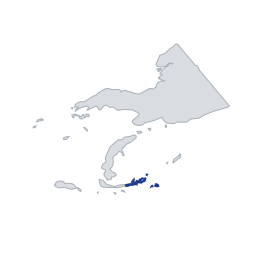 Kavieng District, New Ireland, Papua New Guinea (highlighted), rotated 140°
{"feature_id": "67681753B13414924819531", "entity_name": "Kavieng District", "entity_type": "district", "adm_level": 2, "iso_a3": "PNG", "parent_name": "Papua New Guinea", "parent_adm1": "New Ireland", "projection": "mercator", "projection_center": [150.489, -2.205], "detail": "fine", "context": "in_parent", "style": "filled", "palette": "blue", "viewbox_px": 256, "rotation_deg": 140, "n_neighbors": 0, "source": "geoboundaries", "source_scale": "gbopen_adm2", "svg_char_len": 7975}
<svg xmlns="http://www.w3.org/2000/svg" viewBox="0 0 256 256"><g transform="rotate(140 128 128)"><path d="M36.2,160.6L36.2,133.0L34.8,131.0L36.2,126.1L36.2,79.8L38.8,80.0L51.5,85.7L60.0,88.6L67.5,90.0L74.4,94.6L79.4,94.8L87.0,101.3L90.0,101.8L95.4,107.2L95.7,111.6L95.1,114.4L103.2,117.0L111.0,120.8L115.2,121.2L117.6,122.5L120.5,125.7L121.0,130.0L119.4,130.8L112.1,130.8L110.0,132.2L112.9,138.9L119.5,145.1L124.5,148.0L126.0,153.6L128.5,155.3L130.1,159.8L132.7,160.3L137.7,159.6L138.5,161.4L137.8,164.3L138.5,165.4L147.8,167.8L144.7,169.2L146.1,171.8L152.1,174.1L155.9,174.9L158.1,174.6L155.5,175.9L153.1,175.5L152.7,175.9L153.7,177.0L155.6,178.2L153.6,179.7L151.6,179.9L147.8,178.9L144.6,176.1L134.5,174.9L131.0,173.7L128.3,174.1L120.1,172.6L117.4,170.6L115.6,167.6L110.8,164.0L109.7,162.3L110.1,159.9L108.8,160.3L106.0,158.6L98.7,147.6L94.9,146.1L85.6,144.2L84.2,142.1L79.8,141.3L78.9,142.7L75.3,143.7L72.3,142.6L69.3,140.0L72.8,146.0L71.6,146.0L72.2,146.9L71.5,147.0L67.6,146.7L68.8,149.2L62.4,150.6L57.6,150.1L55.3,150.7L54.4,150.6L53.1,148.8L51.4,149.1L52.9,149.2L54.7,151.3L58.7,151.0L62.6,152.6L65.9,156.2L65.7,158.7L56.8,163.3L51.7,161.3L44.2,161.8L41.5,161.0L38.2,161.9L36.2,160.6ZM170.1,99.7L171.9,100.9L173.8,99.6L177.3,101.2L176.7,107.2L175.5,108.8L172.5,109.4L172.1,110.3L174.1,113.8L173.3,115.1L170.7,116.4L166.3,116.2L165.2,118.7L162.8,120.8L153.5,125.1L143.3,125.4L140.0,122.8L136.5,123.2L131.8,120.2L127.9,118.9L127.1,117.7L127.2,116.1L128.3,115.2L135.3,115.4L139.7,116.6L145.6,115.9L147.2,114.9L147.8,111.1L148.7,109.5L149.7,110.3L148.5,113.2L149.9,115.9L154.0,115.1L156.7,115.7L158.7,114.9L161.7,110.8L164.0,108.9L168.3,107.9L168.2,104.9L166.7,100.7L167.3,99.5L170.1,99.7ZM221.2,130.3L220.7,131.7L220.4,131.3L218.2,132.5L215.8,132.1L213.6,130.8L211.9,128.3L211.9,125.6L209.5,124.4L206.4,120.9L205.8,118.7L206.0,114.9L210.5,117.1L215.1,123.6L219.5,126.5L221.2,130.3ZM186.3,101.4L183.3,107.3L181.5,104.9L180.7,103.2L180.6,98.6L175.8,91.8L170.8,89.6L160.8,82.5L156.8,81.4L157.8,81.1L157.8,79.4L162.8,83.0L165.8,83.9L169.9,86.8L172.7,87.7L184.9,98.3L186.3,101.4ZM106.3,72.0L115.8,72.2L116.0,73.0L114.7,73.1L113.1,74.5L107.5,74.1L105.0,74.9L104.8,73.8L105.7,73.5L105.6,72.5L106.3,72.0ZM154.2,163.5L155.9,164.5L157.4,164.4L158.5,165.6L158.7,167.5L158.1,168.0L157.6,167.4L153.0,167.0L153.9,165.9L153.0,163.7L154.2,163.5ZM153.0,80.5L149.7,80.4L147.2,78.1L150.4,77.0L152.9,78.1L153.0,80.5ZM161.0,171.9L163.1,170.7L163.6,171.1L162.8,174.1L159.5,172.8L157.2,168.0L161.0,171.9ZM178.7,159.3L182.3,158.8L184.1,160.0L184.6,160.5L184.3,161.8L181.2,161.2L178.7,159.3ZM187.2,188.3L194.1,191.6L191.5,192.2L189.4,191.3L189.1,190.5L188.2,190.7L188.7,190.2L187.2,188.3ZM123.3,119.6L120.2,117.2L120.4,115.5L123.6,117.0L123.3,119.6ZM151.9,165.3L151.0,165.4L149.0,163.7L150.2,161.7L151.6,162.5L151.9,165.3ZM205.0,114.8L203.7,110.8L204.8,109.6L206.0,112.1L205.0,114.8ZM112.8,114.7L110.7,113.2L112.2,111.8L113.1,112.5L112.8,114.7ZM144.7,66.8L143.6,67.0L142.0,65.8L142.5,64.3L144.2,65.2L144.7,66.8ZM98.9,104.9L97.7,106.4L96.8,105.3L98.2,103.7L98.9,104.9ZM161.4,151.9L161.5,156.7L160.5,155.8L161.0,153.8L160.0,153.2L161.4,151.9ZM66.7,153.2L68.7,155.1L63.8,152.0L66.7,153.2ZM68.4,152.7L65.7,151.9L65.2,151.3L68.4,151.6L68.4,152.7ZM200.5,188.8L200.3,189.5L198.5,189.6L197.3,188.6L198.5,188.8L198.3,188.2L200.5,188.8ZM180.2,85.2L180.3,87.4L179.0,85.8L180.2,85.2ZM173.6,84.0L173.0,84.6L171.8,83.0L172.0,82.7L173.6,84.0ZM158.7,178.8L158.6,179.8L157.3,179.3L157.5,178.6L158.7,178.8ZM172.5,82.3L171.5,82.5L171.7,81.0L172.5,82.3ZM120.9,75.3L121.0,76.4L119.7,76.2L120.9,75.3ZM192.9,97.5L192.7,98.5L192.0,98.2L192.9,97.5Z" fill="#d9dde1" stroke="#a8b0b8" stroke-width="1"/><path d="M150.3,77.0L150.0,76.7L149.7,76.8L149.7,77.1L149.4,77.0L149.4,77.3L148.9,77.2L148.9,77.3L148.7,77.5L148.7,77.3L148.2,77.4L148.3,77.6L147.6,77.9L147.3,78.3L147.2,78.3L147.3,78.1L147.2,78.0L147.2,77.9L146.9,78.0L147.0,78.2L147.1,78.5L147.8,78.6L148.1,78.7L148.4,78.9L148.4,79.1L148.7,79.4L148.7,79.6L148.8,79.9L149.2,80.3L149.6,80.5L149.8,80.7L150.1,80.6L150.4,80.6L150.6,80.4L150.8,80.5L151.0,80.4L151.5,80.6L151.7,80.3L151.8,80.5L151.9,80.4L151.9,80.5L152.1,80.4L151.8,80.6L152.4,80.4L153.1,80.3L153.2,80.1L153.0,79.9L153.1,79.6L153.3,79.0L153.2,78.8L153.0,79.2L153.1,78.2L152.8,78.2L152.7,78.0L152.2,77.9L151.7,77.6L150.9,77.4L150.8,77.1L150.3,77.0ZM166.8,84.6L166.6,84.6L166.3,84.3L165.9,84.3L165.6,84.0L165.6,83.8L165.1,83.4L164.2,83.5L164.1,83.1L163.7,83.0L163.2,83.1L162.6,83.1L162.2,82.8L162.3,82.2L162.0,82.1L161.9,81.9L161.5,81.9L161.4,81.7L161.1,81.7L161.0,81.4L160.6,81.5L160.4,81.0L160.2,80.8L159.4,80.7L159.1,80.3L158.7,80.2L158.4,79.8L158.1,79.8L157.5,79.1L157.4,79.3L157.4,79.5L157.2,79.9L157.4,79.9L157.8,80.3L158.0,80.3L158.0,80.1L158.2,80.3L158.3,80.1L158.4,80.3L158.1,80.4L158.0,80.6L158.6,80.7L158.2,80.8L158.4,80.9L158.1,81.0L158.0,80.9L157.9,81.0L157.7,80.8L157.6,81.0L157.4,81.1L157.4,81.4L156.7,81.0L156.3,81.3L156.6,81.6L157.6,82.0L158.8,81.8L158.8,81.6L159.0,81.9L159.6,82.0L159.7,81.9L160.3,82.5L160.5,82.5L161.3,82.7L161.3,83.0L161.8,83.5L162.1,83.4L162.5,83.8L162.9,84.1L163.1,84.1L163.6,84.5L164.2,84.7L165.1,85.3L165.3,85.3L165.3,85.2L166.2,85.8L166.6,85.8L166.8,84.6ZM142.9,64.3L142.4,63.9L142.0,63.8L142.0,64.3L141.8,64.5L141.7,64.8L141.5,65.1L141.6,65.4L142.1,65.5L142.4,65.9L143.0,66.4L143.3,66.3L143.4,66.0L143.8,66.6L144.0,66.4L144.1,66.5L144.5,66.4L144.1,66.0L144.2,65.8L143.7,64.7L143.1,64.3L142.9,64.3ZM158.5,83.4L158.5,83.6L158.2,83.5L157.9,83.8L157.7,83.8L157.5,84.1L157.2,84.0L156.8,84.5L157.3,84.3L157.5,84.4L157.8,84.3L157.7,84.2L157.8,84.1L158.0,84.1L158.1,84.3L158.2,84.2L158.4,84.3L158.6,84.3L158.6,84.2L158.4,84.2L158.7,84.2L158.8,84.4L159.1,84.4L159.5,84.2L159.6,84.4L159.9,84.4L160.0,84.2L159.9,84.1L159.5,84.1L159.4,83.9L159.2,83.7L158.8,83.6L158.5,83.4ZM147.4,68.1L147.3,67.8L147.1,67.6L147.0,68.1L146.5,67.9L146.5,68.0L146.5,68.3L146.8,68.4L146.9,68.2L147.7,68.4L148.0,68.2L147.6,68.2L147.4,68.1ZM154.6,80.6L154.2,80.5L154.5,80.8L154.9,81.3L154.9,81.1L155.1,80.7L154.8,80.7L154.6,80.6ZM155.5,81.0L155.4,81.2L155.7,81.4L155.9,81.4L156.1,81.6L156.5,81.5L156.0,81.1L155.5,81.0ZM156.7,80.9L156.5,80.6L156.1,80.8L156.2,81.3L156.7,80.9ZM155.2,80.4L155.0,79.8L154.7,80.0L155.0,80.2L155.1,80.4L155.2,80.4ZM154.1,78.7L153.9,78.2L153.7,78.1L153.9,78.7L154.0,78.8L154.1,78.7ZM154.2,79.3L154.3,79.2L154.1,78.8L154.0,79.0L154.2,79.3ZM143.1,66.8L142.8,66.8L142.7,66.8L142.9,66.8L143.2,67.1L143.4,67.3L143.1,66.8ZM154.4,79.8L154.4,79.6L154.1,79.8L154.4,79.8ZM153.5,77.9L153.0,77.5L153.5,78.1L153.5,77.9ZM142.7,67.0L142.3,66.9L142.5,67.2L142.7,67.0ZM155.5,80.3L155.4,80.3L155.4,80.6L155.6,80.4L155.5,80.3ZM153.3,80.5L153.2,80.4L153.1,80.6L153.3,80.5ZM153.8,80.5L153.7,80.2L153.6,80.4L153.8,80.5ZM153.6,80.5L153.3,80.5L153.6,80.6L153.6,80.5ZM154.9,79.8L154.9,79.7L154.6,79.9L154.6,80.1L154.9,79.8ZM153.7,79.3L153.6,79.6L153.7,79.4L153.7,79.3ZM144.1,79.9L144.0,79.7L143.8,80.0L144.1,79.9ZM156.6,84.7L156.7,84.4L156.5,84.6L156.6,84.7ZM156.0,80.5L156.1,80.4L156.0,80.5ZM151.5,76.7L151.4,76.5L151.5,76.7ZM154.2,80.1L154.3,80.0L154.2,79.9L154.2,80.0L154.2,80.1ZM156.7,80.7L156.8,80.7L156.6,80.6L156.7,80.7ZM158.1,80.6L158.3,80.6L158.2,80.6L158.1,80.6ZM155.4,80.2L155.5,80.0L155.5,79.9L155.4,80.1L155.4,80.2ZM156.6,80.4L156.6,80.2L156.5,80.3L156.6,80.4ZM143.2,66.7L143.4,66.5L143.2,66.7ZM155.5,80.6L155.4,80.7L155.5,80.7L155.5,80.6ZM154.4,80.1L154.6,80.1L154.4,80.1ZM152.9,77.5L152.9,77.4L152.7,77.4L152.8,77.5L152.9,77.5ZM142.7,66.2L142.8,66.3L142.7,66.2ZM154.7,80.4L154.8,80.3L154.7,80.3L154.7,80.4ZM157.3,79.5L157.3,79.3L157.2,79.4L157.3,79.5ZM153.3,79.7L153.2,79.7L153.3,79.7ZM148.9,77.0L148.8,76.9L148.8,77.0L148.9,77.0ZM155.2,80.6L155.3,80.6L155.2,80.6L155.2,80.6ZM157.9,84.3L158.0,84.2L157.9,84.2L157.9,84.3ZM143.5,80.1L143.4,80.1L143.5,80.2L143.5,80.1ZM156.5,80.3L156.5,80.2L156.4,80.2L156.5,80.3ZM158.1,80.4L158.3,80.4L158.1,80.4ZM146.4,68.3L146.5,68.3L146.4,68.2L146.4,68.3ZM158.2,84.3L158.3,84.3L158.2,84.3Z" fill="#3b82f6" stroke="#1e3a8a" stroke-width="1.5"/></g></svg>